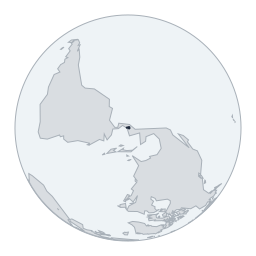 Rio San Juan highlighted on a globe, orthographic projection, rotated 157°
{"feature_id": "NIC-4800", "entity_name": "Rio San Juan", "entity_type": "Department", "adm_level": 1, "iso_a3": "NIC", "parent_name": "Nicaragua", "parent_adm1": "", "projection": "orthographic", "projection_center": [-84.287, 11.292], "detail": "fine", "context": "on_globe", "style": "filled", "palette": "slate", "viewbox_px": 256, "rotation_deg": 157, "n_neighbors": 0, "source": "natural_earth", "source_scale": "10m", "svg_char_len": 8169}
<svg xmlns="http://www.w3.org/2000/svg" viewBox="0 0 256 256"><g transform="rotate(157 128 128)"><circle cx="128" cy="128" r="113" fill="#eef3f6" stroke="#a8b0b8"/><path d="M139.9,133.7L137.2,132.6L134.6,136.0L125.3,130.7L121.9,124.0L92.8,113.1L89.7,109.6L89.5,104.1L79.4,85.9L84.0,102.9L80.1,99.5L77.0,93.4L78.7,92.0L76.6,83.3L73.1,79.9L72.7,69.4L79.3,56.9L80.5,58.9L81.9,56.0L80.6,53.4L79.3,52.5L82.6,41.7L79.2,36.4L74.7,37.5L78.4,35.4L67.4,39.8L63.3,40.3L70.1,38.1L72.5,36.8L70.8,36.1L72.8,34.6L73.2,33.5L75.8,31.9L79.6,31.2L81.3,30.3L80.1,29.9L81.9,28.3L83.5,28.9L86.8,26.4L93.7,25.5L95.9,29.8L101.9,29.2L110.0,33.7L111.4,32.5L115.4,33.9L118.5,33.0L119.1,34.4L121.0,32.6L119.9,31.5L120.4,30.4L122.1,29.9L123.2,31.5L122.5,32.0L123.7,32.2L123.5,33.3L124.6,32.5L125.7,34.7L127.2,31.9L130.2,33.1L130.2,34.8L126.8,35.4L118.5,42.1L117.5,44.6L119.5,47.1L130.3,49.9L130.5,52.6L133.4,55.7L134.8,53.6L133.1,50.6L136.4,47.9L133.9,44.9L134.8,43.5L133.6,40.4L137.4,40.1L141.8,41.7L143.0,44.3L145.0,45.2L146.8,42.3L151.9,47.4L160.2,51.1L161.1,52.7L157.6,55.9L150.1,56.5L145.6,62.1L152.2,57.9L154.4,62.6L156.3,63.3L158.3,62.9L159.0,61.0L160.5,62.6L154.5,67.0L153.0,65.6L154.9,64.1L151.4,64.6L147.4,68.2L148.8,70.6L141.2,74.6L142.2,76.4L141.0,78.6L140.1,75.2L141.6,81.5L132.9,89.2L134.9,100.9L129.0,92.0L124.4,91.1L119.0,91.5L119.2,93.4L111.7,92.1L105.4,96.3L103.5,105.6L106.5,112.8L114.8,113.0L117.0,108.9L122.9,107.9L119.2,118.9L129.7,120.2L128.9,128.4L132.0,132.5L137.1,131.2L142.4,133.0L146.0,128.1L151.9,125.2L152.2,131.8L155.3,125.6L158.7,128.6L170.2,127.5L169.4,129.1L179.1,136.0L189.1,138.4L191.5,142.9L190.3,145.9L193.7,146.4L193.7,148.3L206.6,149.3L212.7,152.9L212.2,159.5L206.4,168.0L199.7,184.1L189.0,190.5L185.2,196.8L175.1,206.1L168.8,206.1L169.6,210.0L165.2,212.7L160.8,213.2L159.2,216.0L155.9,216.3L157.5,217.9L151.1,221.6L151.6,224.2L146.6,227.0L147.1,228.4L145.6,228.4L143.8,229.0L143.3,229.8L139.2,228.7L139.2,225.3L141.6,223.5L139.6,223.3L144.7,218.4L142.2,219.5L144.7,212.0L149.1,205.4L153.9,185.5L151.9,181.5L143.7,177.1L133.9,161.7L136.9,155.1L134.6,152.1L142.0,142.4L139.9,133.7ZM27.0,98.8L27.8,96.3L27.9,98.0L27.0,98.8ZM27.8,94.6L27.6,95.5L27.7,94.8L27.8,94.6ZM27.6,94.0L27.8,94.5L27.5,94.2L27.6,94.0ZM27.2,93.6L27.5,93.7L27.4,93.8L27.2,93.6ZM134.6,104.9L146.5,110.1L140.1,111.1L141.2,110.0L138.2,107.8L132.5,105.8L126.7,107.3L134.6,104.9ZM27.0,92.1L26.9,91.6L27.2,91.5L27.0,92.1ZM139.3,98.2L137.3,97.8L139.3,97.7L139.3,98.2ZM78.5,52.5L80.3,53.6L80.8,56.6L79.0,55.8L78.5,52.5ZM77.9,47.3L79.4,47.2L77.6,50.0L77.3,49.2L77.9,47.3ZM70.9,38.9L72.1,39.2L70.3,39.4L70.9,38.9ZM72.8,33.7L71.8,34.1L72.4,33.4L72.8,33.7ZM131.6,40.8L132.6,40.6L132.3,41.2L131.6,40.8ZM130.2,39.7L129.1,40.6L128.3,40.3L128.9,39.7L130.2,39.7ZM77.0,30.4L78.3,29.3L77.6,30.3L77.0,30.4ZM131.6,38.7L126.9,39.5L125.4,38.9L126.7,36.4L131.6,38.7ZM79.5,28.6L82.5,26.3L80.6,27.0L87.8,24.1L82.8,26.8L82.3,27.8L81.2,27.8L79.5,28.6ZM118.8,31.4L120.1,32.5L117.4,32.1L118.8,31.4ZM116.9,31.4L108.0,32.3L106.9,30.6L110.2,30.5L107.5,28.9L111.4,27.6L113.7,28.2L113.6,29.5L115.2,28.1L116.9,31.4ZM91.2,23.1L92.5,22.5L91.9,23.0L91.2,23.1ZM120.4,29.9L118.7,30.1L117.6,28.6L120.9,28.0L120.2,28.6L120.4,29.9ZM104.9,29.2L104.7,28.2L107.8,26.8L108.1,26.2L111.4,27.5L104.9,29.2ZM121.3,28.7L122.5,27.7L124.6,28.0L122.0,29.6L121.3,28.7ZM116.0,28.6L115.6,27.9L116.9,28.0L116.0,28.6ZM132.6,28.9L130.6,29.0L129.9,28.2L132.6,28.9ZM122.9,27.3L122.2,27.2L121.6,26.9L122.9,26.4L122.9,27.3ZM113.3,26.5L114.7,26.2L112.2,25.9L114.4,25.0L116.2,26.1L116.3,25.3L117.0,25.0L117.7,26.2L113.3,26.5ZM122.6,25.1L125.6,26.5L129.5,26.4L130.3,27.1L123.8,27.1L122.6,25.1ZM119.7,25.6L121.6,25.4L121.6,26.2L120.1,26.9L119.7,25.6ZM115.3,24.1L111.4,25.1L111.1,24.9L115.3,24.1ZM123.8,24.9L123.0,24.6L124.0,24.8L123.8,24.9ZM117.9,24.1L116.6,24.5L116.3,24.2L117.9,24.1ZM122.6,23.7L123.6,24.1L122.7,24.5L122.6,23.7ZM120.5,23.8L120.4,23.3L121.7,24.4L119.9,24.0L120.5,23.8ZM117.9,23.8L117.3,23.7L118.5,23.7L117.9,23.8ZM125.6,22.1L127.4,23.5L125.4,24.3L123.9,22.8L125.6,22.1ZM145.7,231.1L139.4,229.2L143.1,230.0L146.4,228.7L149.4,230.2L145.7,231.1ZM155.3,227.4L158.7,226.4L159.3,226.8L157.1,227.5L155.3,227.4ZM208.0,48.8L206.0,46.9L208.3,49.2L210.5,51.3L213.0,54.1L208.4,49.9L210.2,53.3L217.5,64.4L217.5,66.6L215.2,66.2L207.5,56.8L208.4,53.2L205.7,50.4L201.2,47.6L201.8,46.9L200.1,45.6L200.0,44.3L195.6,39.9L194.9,38.6L189.1,34.7L187.9,33.6L191.7,36.1L193.9,37.4L191.6,35.1L189.9,33.9L186.4,31.7L186.2,31.6L193.9,36.7L201.2,42.4L208.0,48.8ZM185.5,31.1L183.0,29.7L181.7,29.0L185.5,31.1ZM180.2,28.2L181.1,28.8L176.9,26.7L172.6,24.7L171.5,24.3L178.4,27.7L181.0,29.0L182.7,29.8L189.8,34.1L191.5,35.5L185.0,31.9L186.7,33.7L180.9,30.6L165.8,22.6L161.6,20.7L162.7,20.8L167.6,22.6L180.2,28.2ZM101.6,18.5L95.0,20.4L92.1,21.3L88.7,22.9L89.0,22.8L91.0,22.2L87.8,24.1L80.6,27.0L80.2,26.8L76.0,29.0L75.7,28.6L73.5,29.5L75.0,28.6L79.1,26.5L79.6,26.3L79.3,26.4L86.5,23.3L94.0,20.6L101.6,18.5ZM240.3,119.2L240.3,119.7L239.9,116.5L239.8,117.1L237.1,124.8L234.7,121.4L228.0,108.4L227.4,101.5L224.4,94.7L217.5,67.1L219.2,66.9L217.3,59.8L217.7,60.0L221.3,65.1L221.9,65.8L226.2,72.8L229.9,80.0L233.1,87.5L235.8,95.2L237.9,103.1L239.4,111.1L240.3,119.2ZM223.6,79.5L224.6,81.6L223.6,79.5ZM170.5,127.4L172.0,128.5L170.1,128.7L170.5,127.4ZM139.3,113.8L141.7,113.9L143.1,114.9L141.2,115.3L139.3,113.8ZM159.6,112.9L162.3,113.3L159.5,114.0L159.6,112.9ZM148.4,110.7L157.4,112.8L151.9,115.1L146.3,113.9L150.1,113.1L148.4,110.7ZM138.5,102.0L140.1,102.4L139.7,103.6L138.5,102.0ZM140.8,98.1L140.2,98.3L139.4,97.3L140.8,98.1ZM154.8,62.3L155.3,62.0L157.4,62.0L156.6,62.9L154.8,62.3ZM165.9,57.8L168.1,60.6L165.9,59.1L165.2,60.6L159.8,59.5L161.3,53.4L161.6,56.2L165.9,57.8ZM152.9,56.8L156.2,57.8L152.6,56.9L152.9,56.8ZM190.7,40.3L192.0,40.5L194.1,42.3L195.0,44.9L192.0,42.2L190.7,40.3ZM193.5,40.6L186.8,36.9L186.0,35.4L187.6,36.8L187.7,36.2L190.3,38.3L196.0,41.0L198.2,42.8L198.7,46.0L197.3,43.8L196.1,43.6L193.5,40.6ZM171.2,32.8L168.3,32.0L170.2,29.8L172.7,30.9L173.8,33.2L171.5,33.4L171.2,32.8ZM134.8,34.3L133.6,34.8L133.3,34.2L134.1,33.4L134.8,34.3ZM131.8,29.0L139.9,32.2L138.9,32.8L144.9,34.4L144.6,36.6L140.7,35.4L144.9,38.5L141.3,38.3L144.5,40.4L135.9,37.5L132.8,37.7L136.4,36.5L136.8,34.5L136.0,33.6L131.5,31.5L125.1,31.3L124.5,29.5L125.7,28.3L127.2,28.1L127.1,29.3L129.1,28.1L130.1,29.7L131.8,29.0ZM140.8,19.7L140.1,20.4L144.2,19.8L145.3,20.8L145.7,20.7L147.8,21.5L151.1,22.4L151.1,22.9L152.4,23.1L153.9,23.7L155.6,24.2L156.2,25.3L158.4,26.0L157.5,26.2L161.1,27.1L158.7,26.9L160.3,28.0L161.8,27.6L160.8,34.1L162.2,37.4L164.8,40.6L160.3,40.2L155.0,37.3L150.0,33.6L149.3,30.6L147.4,31.1L146.5,30.0L148.4,30.0L144.9,29.3L144.6,28.3L140.2,26.0L135.4,25.9L133.6,25.2L135.4,24.8L132.4,24.4L134.6,23.3L133.4,22.8L134.4,21.4L138.4,21.2L136.8,20.7L137.4,19.8L140.8,19.7ZM126.0,21.7L130.6,20.9L133.5,21.1L130.7,23.5L131.5,24.1L129.7,26.0L125.6,25.7L126.5,25.2L126.4,24.6L127.7,24.9L126.5,24.2L127.7,23.5L127.1,22.9L128.8,22.7L126.0,21.7ZM216.9,58.8L216.0,57.7L215.8,57.5L215.5,57.0L216.9,58.8ZM213.0,54.9L212.6,54.2L215.1,57.0L215.2,57.4L213.0,54.9ZM210.2,51.6L212.4,54.0L211.3,52.9L210.2,51.6ZM191.1,35.5L190.4,34.9L191.2,35.3L192.5,36.3L191.1,35.5ZM153.2,19.5L152.4,19.5L151.6,19.3L148.2,19.0L147.1,18.5L148.8,18.4L153.2,19.5ZM151.4,18.8L150.1,18.7L150.4,18.5L151.4,18.8ZM146.1,18.1L146.1,17.8L146.6,18.4L146.1,18.1ZM126.1,15.4L125.7,15.4L124.3,15.4L126.1,15.4ZM127.2,15.4L129.5,15.4L127.9,15.5L126.4,15.4L127.2,15.4ZM140.7,16.4L142.6,16.7L142.3,16.8L140.7,16.4ZM91.8,22.6L92.5,22.5L91.2,22.9L91.8,22.6ZM104.0,18.0L105.8,17.6L104.2,18.0L104.0,18.0ZM109.8,16.9L106.7,17.4L109.1,17.0L109.8,16.9Z" fill="#d9dde1" stroke="#a8b0b8" stroke-width="1"/><path d="M128.2,129.0L128.1,128.9L128.0,128.7L127.9,128.7L127.7,128.7L127.4,128.5L127.2,128.4L127.0,128.5L126.8,128.7L126.7,128.6L126.3,128.5L126.2,128.4L126.4,127.3L126.5,127.3L126.5,127.2L126.8,127.0L127.0,126.9L127.3,126.9L127.4,127.0L127.5,127.1L127.5,127.3L127.5,127.5L127.7,127.8L127.8,127.9L127.9,128.0L128.0,128.1L128.2,128.3L128.3,128.3L128.5,128.3L128.8,128.3L128.8,128.5L129.0,128.5L129.2,128.8L129.2,129.0L128.9,129.1L128.7,129.1L128.4,129.0L128.2,129.0L128.2,129.0Z" fill="#64748b" stroke="#1e293b" stroke-width="1.5"/></g></svg>